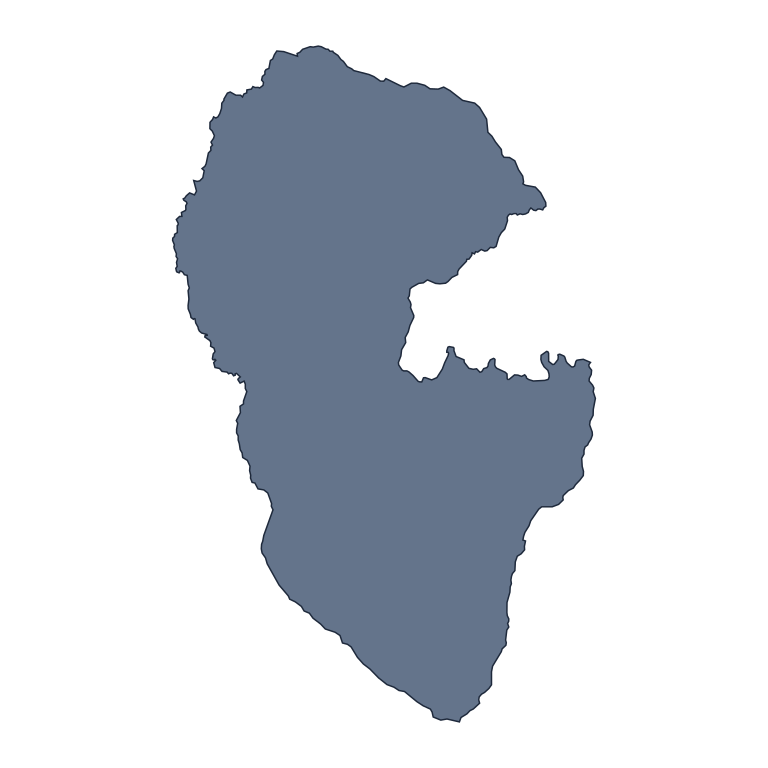 the district of Mapoteng, Berea, Lesotho
{"feature_id": "5366337B76101580531091", "entity_name": "Mapoteng", "entity_type": "district", "adm_level": 2, "iso_a3": "LSO", "parent_name": "Lesotho", "parent_adm1": "Berea", "projection": "robinson", "projection_center": [27.99, -29.125], "detail": "fine", "context": "isolated", "style": "filled", "palette": "slate", "viewbox_px": 768, "rotation_deg": 0, "n_neighbors": 0, "source": "geoboundaries", "source_scale": "gbopen_adm2", "svg_char_len": 6072}
<svg xmlns="http://www.w3.org/2000/svg" viewBox="0 0 768 768"><path d="M459.4,721.9L461.0,717.5L467.0,713.8L469.9,710.7L473.3,709.0L479.6,703.2L478.7,699.8L479.2,696.9L481.5,694.2L484.6,692.4L488.9,688.5L491.5,684.8L491.5,671.8L492.6,666.1L501.3,651.7L502.1,648.9L505.9,645.3L506.3,642.7L505.6,640.1L506.8,630.1L508.8,627.0L507.6,623.5L508.7,621.3L508.8,618.9L507.3,615.7L506.9,612.5L507.0,602.5L509.9,592.2L510.2,586.8L511.4,583.7L510.9,580.0L511.5,576.3L512.4,573.6L514.9,570.6L515.3,561.9L517.3,556.2L521.2,553.8L524.6,549.8L524.4,546.3L525.5,541.0L522.9,540.0L523.6,536.3L524.9,532.4L529.0,525.8L530.7,520.8L538.7,509.2L541.7,506.8L552.2,506.8L558.6,504.4L563.2,499.9L562.8,497.6L563.2,495.6L568.4,490.6L573.4,488.0L575.4,484.8L579.7,480.3L583.3,475.6L583.5,471.4L582.2,466.4L581.7,458.2L584.0,454.1L584.0,450.4L585.0,447.0L587.7,444.9L588.5,442.9L591.0,439.1L592.4,435.1L592.2,432.0L589.6,424.8L590.1,421.1L593.1,415.3L593.3,409.3L595.4,398.4L593.2,391.7L593.9,388.0L592.6,385.2L589.1,381.0L589.3,378.3L591.2,374.5L591.6,370.2L589.2,367.0L588.7,364.9L590.5,362.4L583.3,359.3L578.0,360.0L576.6,360.4L575.8,361.7L574.6,366.1L572.9,367.0L571.4,366.8L567.2,363.0L566.1,361.3L564.8,357.1L563.9,356.0L559.8,354.2L558.1,354.6L557.9,355.2L558.3,356.4L558.0,359.5L554.3,364.2L552.7,364.5L548.7,361.4L548.6,353.2L547.8,351.7L546.6,351.4L541.1,355.3L540.9,359.4L541.7,362.5L544.1,366.8L547.9,370.4L549.0,373.9L549.2,376.9L548.2,379.4L544.8,380.4L533.3,381.0L528.6,379.5L526.5,378.0L526.2,376.5L524.7,374.8L521.6,376.4L517.9,375.1L514.5,374.9L509.1,379.4L507.7,379.4L507.2,378.8L507.0,373.9L505.3,372.3L496.8,368.3L495.5,366.9L494.7,365.1L495.0,359.5L494.4,358.8L493.5,358.4L490.3,359.9L488.4,363.4L488.0,366.1L486.9,367.6L483.7,368.6L481.8,371.6L480.0,372.3L476.6,368.8L473.2,369.3L468.9,368.3L464.3,362.4L464.0,359.8L456.1,356.5L454.0,350.8L454.0,348.1L453.4,347.4L449.2,346.6L447.9,347.2L446.8,350.8L446.8,352.3L448.3,352.4L448.6,353.3L448.1,355.6L444.7,362.7L442.3,369.1L436.9,377.6L431.7,379.9L425.2,377.6L423.5,377.8L421.8,381.9L419.8,381.9L418.2,381.4L413.0,375.5L408.9,371.9L406.9,370.9L403.7,370.9L402.1,370.1L398.7,365.0L398.4,362.5L400.9,355.9L401.6,349.7L405.7,342.6L405.2,337.5L408.2,331.9L409.9,325.5L413.7,317.5L413.8,315.5L410.5,307.7L411.0,304.6L410.3,302.1L408.0,298.1L409.3,295.8L410.0,289.0L411.8,287.3L418.7,283.4L423.4,282.8L427.4,279.9L435.6,283.4L439.8,283.8L445.6,283.2L448.0,281.5L451.9,277.4L457.6,274.6L457.7,271.6L459.1,269.0L466.4,261.3L466.8,259.3L469.0,259.1L471.7,255.3L472.1,252.8L474.5,253.9L475.6,251.7L477.7,252.1L481.2,249.5L484.8,251.1L487.1,250.6L490.3,247.4L493.8,247.8L496.1,246.4L498.8,237.1L501.3,232.7L504.8,229.0L507.5,220.7L507.2,217.3L508.5,215.1L510.0,214.0L511.7,214.5L513.9,213.6L516.2,213.6L517.3,215.0L520.1,213.8L522.7,214.5L525.6,213.9L528.3,212.4L529.3,209.9L530.9,208.0L533.7,210.2L535.9,210.6L537.8,209.1L539.7,209.0L542.7,209.9L543.9,207.7L545.9,206.2L545.7,202.5L540.6,192.7L535.3,187.1L525.5,185.3L522.9,183.8L523.6,181.9L522.7,176.1L518.5,169.7L514.8,160.8L509.5,157.5L504.0,157.3L501.9,154.5L501.3,149.4L495.4,141.9L491.9,136.2L487.9,132.3L486.6,119.1L479.6,107.5L474.7,103.1L462.6,100.4L450.0,90.6L443.7,87.1L438.2,89.1L430.0,88.8L424.8,85.3L417.0,83.2L411.3,83.2L403.9,87.0L400.3,85.7L385.9,78.6L383.7,81.2L380.4,81.1L373.9,76.6L369.0,74.5L353.8,70.6L351.7,68.8L347.3,66.7L343.4,61.4L340.9,59.5L337.9,55.4L333.3,52.3L332.8,51.2L329.9,51.2L328.2,49.3L325.9,49.1L321.3,46.7L318.2,46.1L313.3,47.1L310.2,46.7L302.6,49.3L299.8,52.3L297.1,53.5L297.5,56.2L283.7,51.6L276.8,51.0L274.4,54.7L272.7,59.0L270.4,60.5L268.9,68.4L266.0,69.6L264.9,71.3L264.9,74.3L262.4,76.4L261.6,80.0L263.5,82.4L263.0,85.4L259.6,88.0L258.2,87.4L255.1,87.5L252.9,86.6L251.4,89.1L246.9,89.9L246.7,92.9L243.9,94.0L242.5,97.0L240.6,95.2L235.9,95.2L230.2,92.0L227.4,93.1L223.9,99.1L224.0,100.3L221.8,103.2L221.5,108.4L219.8,113.6L217.9,116.9L215.8,118.0L213.6,116.9L212.6,119.4L210.0,122.3L209.9,128.7L212.3,131.1L214.4,135.7L213.5,138.4L211.0,142.1L212.5,145.1L210.7,147.1L210.9,150.4L208.4,153.0L206.1,163.9L204.9,166.3L202.0,168.6L204.2,170.7L202.8,177.8L199.7,180.9L197.1,181.4L193.7,180.5L196.5,191.1L194.5,194.9L189.6,192.9L186.3,195.8L184.8,198.0L183.2,198.9L183.9,200.3L186.4,201.9L187.0,203.4L185.7,205.8L185.9,209.4L185.4,210.5L181.4,212.5L181.9,216.4L179.6,216.4L176.3,219.5L178.2,223.2L178.1,224.7L177.2,225.7L177.3,232.6L174.6,234.3L174.5,236.5L172.8,238.1L172.6,240.4L174.4,244.9L173.9,246.4L174.2,248.4L176.4,253.7L176.1,256.5L177.6,258.7L176.5,262.4L177.2,266.4L175.8,268.3L176.4,271.1L176.8,271.9L179.0,272.8L179.5,272.7L179.8,271.1L180.7,271.0L182.7,272.1L184.4,274.7L187.2,275.4L188.1,284.3L189.3,287.9L188.1,290.7L188.9,299.0L188.1,305.4L188.2,308.9L190.4,314.3L191.0,317.5L193.4,319.3L194.2,318.6L195.0,318.8L195.7,322.9L198.0,327.1L198.4,329.1L199.4,331.1L201.6,333.0L207.0,334.5L207.2,335.3L205.1,335.6L204.8,337.0L209.9,340.6L210.9,342.7L210.6,346.2L214.0,348.1L215.0,351.6L213.2,353.9L212.4,358.8L212.9,359.7L214.0,359.9L214.9,359.3L215.8,360.2L213.7,362.7L215.0,367.5L219.6,368.5L222.0,371.4L227.1,372.1L228.6,373.8L230.2,373.1L231.9,373.4L233.6,375.8L235.2,375.2L235.2,373.8L236.5,373.4L240.3,376.9L238.3,378.6L237.9,379.7L240.1,383.1L244.1,381.1L245.3,384.2L245.3,388.5L246.8,391.6L243.5,401.0L243.5,403.9L240.0,406.3L240.4,412.7L236.3,420.5L237.7,423.3L236.6,429.3L236.6,432.9L238.2,435.9L238.2,440.1L239.3,443.7L240.2,449.6L242.1,452.9L242.7,457.5L247.4,460.4L250.0,466.2L249.6,470.6L250.7,475.2L250.5,478.1L252.1,482.4L254.9,483.0L258.0,488.9L263.8,489.9L267.8,493.0L271.6,503.6L271.3,506.2L273.0,509.8L263.8,535.4L262.7,541.3L261.6,544.2L261.3,548.8L262.1,553.0L265.5,557.9L267.2,563.8L279.1,585.1L288.3,595.9L289.7,599.2L295.2,601.8L301.4,606.4L304.1,611.0L309.4,613.2L313.0,618.2L320.6,624.0L325.3,629.0L335.0,632.2L340.0,635.5L342.5,643.0L347.5,644.3L351.1,646.9L357.5,657.4L363.4,664.0L369.8,668.9L378.7,678.0L387.0,684.6L394.0,687.2L399.0,690.5L404.5,691.5L416.8,701.6L423.2,705.8L430.4,709.1L432.1,712.1L433.2,717.0L440.8,720.1L447.0,719.0L459.4,721.9Z" fill="#64748b" stroke="#1e293b" stroke-width="1.5"/></svg>